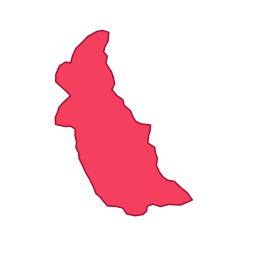 the district of Bom Jesus, Paraíba, Brazil, rotated 294°
{"feature_id": "56859067B58755230690339", "entity_name": "Bom Jesus", "entity_type": "district", "adm_level": 2, "iso_a3": "BRA", "parent_name": "Brazil", "parent_adm1": "Paraíba", "projection": "natural_earth1", "projection_center": [-38.629, -6.83], "detail": "fine", "context": "isolated", "style": "filled", "palette": "rose", "viewbox_px": 256, "rotation_deg": 294, "n_neighbors": 0, "source": "geoboundaries", "source_scale": "gbopen_adm2", "svg_char_len": 1084}
<svg xmlns="http://www.w3.org/2000/svg" viewBox="0 0 256 256"><g transform="rotate(294 128 128)"><path d="M49.0,161.7L50.8,170.3L55.0,176.7L59.4,178.7L64.5,177.4L68.6,181.8L69.4,189.5L74.6,196.1L76.8,201.6L79.0,207.3L84.2,212.2L88.5,215.9L93.1,208.0L95.1,200.2L98.1,192.1L96.4,185.5L97.6,179.5L100.6,174.6L105.2,169.2L112.2,167.2L116.4,163.2L121.2,160.2L122.3,152.3L128.6,150.0L134.2,149.4L139.9,147.4L137.0,138.2L137.2,132.5L140.1,128.1L144.7,123.2L147.1,115.2L151.8,111.6L153.0,104.8L156.5,97.7L163.2,97.7L168.9,93.4L172.4,90.2L178.0,81.7L185.2,79.7L187.5,74.8L192.4,73.9L199.3,74.4L207.5,71.6L206.7,64.7L203.3,60.1L195.4,54.1L187.5,51.3L179.5,48.0L171.1,48.0L164.2,49.2L162.7,44.0L156.7,40.1L147.6,40.3L140.9,43.2L138.1,51.5L136.5,56.6L134.0,62.3L128.8,60.1L123.9,58.1L118.9,56.6L113.6,57.3L108.2,57.3L101.9,60.3L103.8,70.2L106.3,74.5L105.7,80.1L99.4,82.8L94.2,86.8L89.1,88.3L85.2,92.9L80.3,95.7L75.5,101.4L70.3,107.2L65.6,113.8L60.0,120.4L55.0,125.5L53.6,130.5L51.3,135.0L48.5,141.1L51.6,149.4L52.8,155.7L49.0,161.7Z" fill="#f43f5e" stroke="#9f1239" stroke-width="1.5"/></g></svg>